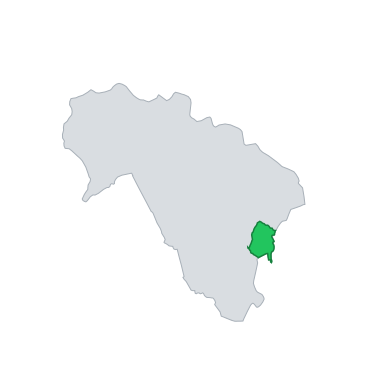 where Yagha sits in Burkina Faso, rotated 63°
{"feature_id": "BFA-2877", "entity_name": "Yagha", "entity_type": "Province", "adm_level": 1, "iso_a3": "BFA", "parent_name": "Burkina Faso", "parent_adm1": "", "projection": "mercator", "projection_center": [0.646, 13.4], "detail": "fine", "context": "in_parent", "style": "filled", "palette": "green", "viewbox_px": 384, "rotation_deg": 63, "n_neighbors": 0, "source": "natural_earth", "source_scale": "10m", "svg_char_len": 4509}
<svg xmlns="http://www.w3.org/2000/svg" viewBox="0 0 384 384"><g transform="rotate(63 192 192)"><path d="M278.2,237.4L269.2,237.8L265.9,238.7L263.9,238.8L263.9,237.9L263.6,237.4L252.3,234.7L244.3,233.0L236.3,231.2L235.8,232.9L234.6,234.0L232.9,234.1L231.7,233.8L230.9,235.1L229.6,236.9L227.7,237.7L225.9,238.8L224.8,239.7L224.1,239.8L222.2,237.5L219.8,237.3L215.2,237.7L213.1,237.1L210.3,236.8L203.7,237.2L193.1,236.3L191.3,236.8L190.9,237.2L180.4,237.3L168.8,237.5L159.1,237.6L150.6,237.6L150.6,237.3L147.9,237.2L147.6,238.0L145.2,246.8L144.9,251.6L146.2,254.6L147.7,256.5L149.3,257.3L149.4,258.4L148.1,259.8L148.2,261.2L149.8,262.7L150.1,264.2L149.4,265.8L149.5,269.7L150.7,275.9L150.7,279.8L149.6,281.7L150.1,284.8L152.2,289.2L152.6,291.0L151.8,291.9L150.1,293.0L148.4,293.0L146.3,290.3L145.4,289.2L143.8,286.5L142.4,283.7L140.5,282.6L138.6,281.4L136.4,278.0L134.2,276.4L131.9,276.8L128.5,276.2L121.7,275.3L114.4,275.6L111.3,276.4L108.3,277.6L100.7,280.4L97.7,281.8L95.5,285.2L92.9,285.1L90.3,284.0L88.7,282.5L85.2,282.8L81.9,281.3L78.6,278.3L76.2,277.3L73.2,275.1L72.3,271.0L70.4,268.1L68.6,264.1L66.0,262.3L63.0,261.3L58.8,261.5L56.0,259.9L53.9,257.5L54.4,255.5L55.4,252.6L55.5,249.8L56.2,245.3L55.8,239.6L55.0,235.6L57.3,234.0L60.0,232.5L61.7,229.8L63.4,223.8L64.1,218.5L63.6,216.6L62.7,215.1L62.0,212.8L61.6,210.1L62.1,207.7L64.1,205.4L66.6,203.6L68.4,202.7L73.2,201.8L79.2,200.4L82.6,198.8L85.2,197.2L86.6,196.0L88.0,193.4L90.3,191.5L92.1,189.5L92.3,183.9L92.3,180.7L91.0,179.0L90.3,177.5L99.1,173.1L99.2,170.1L98.0,166.6L96.2,163.9L95.6,161.5L98.0,158.7L100.2,156.6L101.8,154.8L105.3,152.0L108.9,151.3L112.2,152.4L121.9,158.8L123.5,159.2L125.6,158.7L128.1,157.0L131.4,155.7L132.7,151.4L132.5,145.0L133.3,142.1L135.0,141.6L140.6,142.8L142.1,142.9L143.7,142.5L144.9,141.4L144.8,139.3L144.6,137.5L146.4,131.6L149.7,127.2L156.4,121.6L158.5,120.5L160.9,120.0L172.9,123.8L174.9,122.8L177.8,113.4L181.1,112.5L185.0,112.3L187.5,111.5L188.9,110.9L194.6,107.3L204.6,102.4L210.1,100.3L211.1,99.5L215.0,96.0L220.2,92.0L223.5,91.3L228.0,91.0L230.9,91.6L231.6,92.7L232.6,93.3L238.5,91.6L247.0,94.3L254.3,97.0L253.8,98.7L253.8,101.6L253.2,106.3L252.4,111.9L255.5,115.6L259.1,119.5L260.1,121.0L259.1,124.8L259.8,127.1L261.7,130.8L265.0,135.6L268.3,140.5L270.6,141.2L272.8,141.5L274.2,142.4L276.1,143.3L278.1,143.8L279.8,144.9L280.9,145.9L282.3,149.0L286.0,151.0L288.7,152.9L287.6,153.9L284.3,153.5L281.2,152.7L280.8,154.1L280.7,159.6L281.2,164.2L281.9,164.9L285.0,165.7L292.4,171.7L299.1,177.3L301.4,178.8L305.1,179.4L309.2,179.6L311.0,179.1L315.0,176.2L317.2,175.9L319.1,176.0L320.2,176.4L322.1,178.8L323.9,182.3L324.5,184.9L324.3,186.3L323.7,186.8L320.4,187.4L319.0,188.0L318.6,188.7L319.1,190.5L319.7,191.6L323.3,196.6L328.5,203.4L330.1,205.2L329.2,207.2L326.6,212.5L324.6,214.7L315.9,222.3L311.6,221.4L302.6,222.9L301.2,221.2L299.1,220.9L296.5,221.2L295.6,221.9L295.3,222.6L294.4,223.7L292.7,226.6L291.4,227.4L289.8,227.9L287.9,227.8L286.7,228.2L286.7,229.7L286.4,230.9L285.0,231.6L284.5,233.0L284.6,234.4L283.8,235.1L282.1,234.7L281.1,234.3L280.2,236.2L279.0,237.4L278.2,237.4Z" fill="#d9dde1" stroke="#a8b0b8" stroke-width="1"/><path d="M264.2,135.2L264.3,135.4L264.9,135.9L266.0,136.7L266.4,137.2L266.8,137.6L267.5,137.8L267.7,138.2L267.5,138.8L267.1,139.6L267.0,140.1L267.5,141.0L268.4,141.3L273.0,141.2L273.4,141.3L273.5,141.5L273.5,141.8L273.5,142.0L273.4,142.3L273.4,142.6L273.8,143.0L274.5,143.3L275.1,143.3L276.4,143.2L278.0,143.7L279.9,144.8L281.3,146.3L281.5,148.0L282.2,149.0L283.3,149.9L287.1,151.7L287.8,151.9L289.2,152.1L289.8,152.2L290.4,152.6L291.0,153.3L290.1,153.7L289.4,153.4L288.8,152.9L288.2,152.7L288.0,152.9L287.8,153.3L287.5,154.5L287.2,154.6L286.5,154.3L284.6,153.8L281.8,152.7L281.1,152.5L280.6,154.0L280.6,157.0L280.6,160.4L280.6,162.7L280.0,162.9L276.8,164.7L276.1,165.3L275.5,165.7L274.5,165.7L273.9,166.4L273.0,167.1L272.0,167.0L271.1,166.6L269.9,167.0L269.0,166.8L268.2,167.3L267.3,167.6L266.8,167.4L267.3,167.3L267.5,166.7L267.1,165.7L265.8,164.3L264.6,162.7L263.6,161.7L262.6,160.7L261.8,159.7L257.3,158.3L255.7,156.9L255.3,155.6L253.1,153.5L252.0,151.9L251.0,149.7L249.8,148.3L249.2,147.8L249.1,146.8L249.0,145.6L248.9,145.0L249.9,144.2L250.4,143.9L250.8,143.7L251.2,143.6L252.0,143.2L252.5,142.7L252.9,142.2L253.5,141.9L254.5,141.7L255.2,141.2L255.4,140.7L255.6,140.2L256.1,139.5L257.7,138.9L259.2,138.8L259.8,138.4L260.3,137.6L260.7,137.0L262.3,137.0L263.1,136.6L263.7,136.0L264.0,135.6L264.2,135.2L264.2,135.2Z" fill="#22c55e" stroke="#15803d" stroke-width="1.5"/></g></svg>